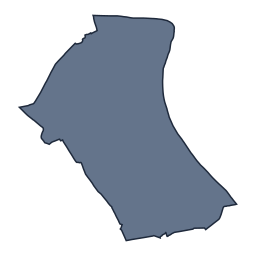 outline of Long Xuyen, An Giang, Vietnam
{"feature_id": "81297802B27304776569222", "entity_name": "Long Xuyen", "entity_type": "district", "adm_level": 2, "iso_a3": "VNM", "parent_name": "Vietnam", "parent_adm1": "An Giang", "projection": "mercator", "projection_center": [105.422, 10.372], "detail": "fine", "context": "isolated", "style": "filled", "palette": "slate", "viewbox_px": 256, "rotation_deg": 0, "n_neighbors": 0, "source": "geoboundaries", "source_scale": "gbopen_adm2", "svg_char_len": 4074}
<svg xmlns="http://www.w3.org/2000/svg" viewBox="0 0 256 256"><path d="M43.1,140.4L43.5,140.9L43.9,141.3L44.2,141.8L44.4,142.2L44.7,142.6L44.9,142.8L45.2,142.9L45.7,143.0L46.3,143.2L47.0,143.4L47.8,143.7L48.6,144.0L49.2,144.3L50.2,143.5L50.8,143.0L51.5,142.4L52.0,142.1L53.4,141.5L54.6,141.1L58.8,139.4L59.6,139.2L60.6,140.8L60.8,140.8L61.7,140.4L62.6,140.0L62.8,140.6L63.5,141.9L64.3,143.2L66.7,146.9L69.1,150.9L71.6,154.8L74.0,158.8L75.4,160.9L75.7,161.3L75.9,161.6L76.1,161.8L76.5,162.2L76.9,162.4L77.1,162.4L77.5,162.4L77.8,162.3L78.2,162.3L78.4,162.4L78.7,162.5L78.9,162.6L79.2,162.7L79.4,162.7L79.8,162.7L80.2,162.5L80.4,162.5L80.7,162.5L80.9,162.5L81.1,162.7L81.3,163.0L81.5,163.6L81.7,164.0L81.8,164.0L83.5,168.9L84.4,171.1L85.1,172.9L85.6,174.2L87.5,176.8L90.1,180.2L92.4,183.4L93.8,185.8L98.1,191.6L101.1,194.1L104.4,198.2L106.8,201.1L108.5,203.5L110.4,205.7L111.7,206.7L111.8,207.1L111.9,207.7L112.1,208.2L112.7,209.2L113.9,211.7L114.4,212.6L114.8,213.2L115.3,214.4L116.4,216.7L117.6,219.0L118.1,219.9L118.7,221.2L119.2,222.4L119.8,223.5L120.0,224.0L121.1,224.3L122.1,224.6L121.8,225.4L121.6,226.1L121.5,226.7L121.0,228.0L120.6,228.7L120.3,229.0L120.7,229.4L121.1,229.7L121.6,230.2L124.6,236.9L126.2,240.6L131.0,239.7L131.3,239.6L144.2,237.5L152.9,236.0L153.8,235.6L160.2,237.9L160.1,237.3L160.3,236.8L160.9,236.3L161.8,235.8L162.1,235.5L162.3,235.0L162.8,234.7L163.4,234.4L164.1,234.1L164.7,233.7L165.8,232.6L166.0,232.9L166.5,234.8L167.0,236.2L167.2,236.4L167.9,236.2L168.2,236.0L168.4,235.5L168.8,235.4L169.7,235.1L171.0,234.3L171.7,233.7L173.2,233.0L174.3,232.4L174.7,232.3L178.4,231.7L178.6,231.7L192.9,229.1L194.1,228.2L204.5,228.0L205.7,229.6L207.8,227.9L211.2,225.3L214.1,223.0L218.0,220.0L218.7,219.4L219.2,218.9L219.9,217.6L221.1,214.5L223.1,207.8L223.6,206.9L223.9,206.7L224.5,206.4L226.4,206.2L227.3,205.9L228.6,205.8L229.2,205.8L230.2,205.5L231.6,205.2L234.6,204.7L235.6,204.5L236.6,204.2L233.4,200.3L231.9,198.3L231.0,197.3L228.9,194.3L226.9,191.6L225.9,190.4L224.4,189.0L220.9,185.7L218.8,183.8L216.2,181.3L212.5,177.6L210.3,175.2L207.9,172.4L206.2,170.6L204.3,168.6L200.3,164.8L199.6,163.9L198.5,162.6L197.1,161.0L195.8,159.3L192.3,154.5L190.9,152.8L184.0,142.4L182.7,140.6L181.8,139.2L177.8,134.0L173.1,126.0L172.9,125.6L169.2,117.2L168.6,114.9L167.5,111.2L167.1,109.6L167.0,109.0L165.7,105.1L164.7,102.0L164.0,98.9L163.5,96.1L163.1,92.9L162.9,90.2L162.7,86.7L162.6,82.8L162.6,80.4L162.8,77.6L163.0,73.3L163.1,70.9L163.2,69.2L163.4,67.9L163.8,67.2L164.3,65.5L165.3,63.1L165.9,60.8L167.2,57.5L167.7,55.6L168.2,54.1L169.2,51.9L169.8,50.0L170.0,48.7L170.2,47.1L170.5,44.7L171.0,42.1L171.3,41.3L171.8,40.5L173.0,38.4L173.5,36.9L173.7,35.4L173.9,33.4L174.2,31.2L174.1,30.2L174.3,29.0L174.3,27.7L174.0,26.4L173.3,25.2L172.2,23.6L170.1,22.1L167.2,20.6L165.0,20.1L162.1,19.4L158.1,19.0L156.7,18.8L154.1,18.6L151.5,18.5L148.1,18.3L143.8,18.1L137.9,18.1L133.4,18.1L130.8,17.8L128.7,17.4L126.7,17.0L123.7,16.7L121.1,16.3L117.5,15.9L110.2,15.9L101.4,15.7L95.4,15.5L93.1,15.4L93.6,16.9L93.7,18.5L94.0,19.7L94.5,21.9L95.0,23.4L96.4,27.4L97.1,30.6L95.8,31.3L93.1,32.6L91.2,33.7L90.8,32.9L90.4,33.1L88.1,34.4L87.5,34.4L87.2,34.4L86.9,34.4L86.4,34.5L85.0,35.1L85.1,35.4L85.1,35.8L85.2,36.2L85.2,36.9L85.1,37.4L84.9,37.8L84.5,38.1L84.1,38.2L83.7,38.3L83.3,38.6L82.9,38.9L82.7,39.0L82.5,39.4L82.7,39.7L82.7,40.1L82.7,40.6L82.5,41.2L82.3,41.7L81.9,42.1L81.5,42.5L80.9,42.9L80.4,43.1L79.7,43.3L78.4,43.7L76.5,44.0L76.1,43.9L75.9,43.7L75.4,43.3L75.2,43.3L72.2,46.3L68.8,49.8L65.4,53.3L63.9,55.2L60.8,58.4L58.4,60.9L55.6,64.0L55.2,64.6L53.5,67.8L50.6,73.1L50.3,73.8L48.4,77.6L46.6,81.2L45.6,82.8L44.4,85.1L43.8,86.3L42.7,88.4L40.9,91.9L40.1,93.3L35.4,101.1L33.8,103.4L33.2,103.8L29.8,104.8L28.2,105.6L19.4,107.3L25.5,113.4L27.5,115.3L29.5,116.9L31.8,118.7L33.1,119.8L33.6,120.0L34.1,120.4L36.8,122.7L40.7,126.0L41.5,126.6L42.5,127.3L43.0,127.9L43.3,128.3L43.3,128.8L43.4,129.5L43.3,130.3L43.2,130.7L42.7,131.6L42.1,133.0L41.7,134.2L41.4,135.3L41.2,136.2L41.2,137.0L41.3,137.9L41.6,138.6L42.8,139.9L43.1,140.4Z" fill="#64748b" stroke="#1e293b" stroke-width="1.5"/></svg>